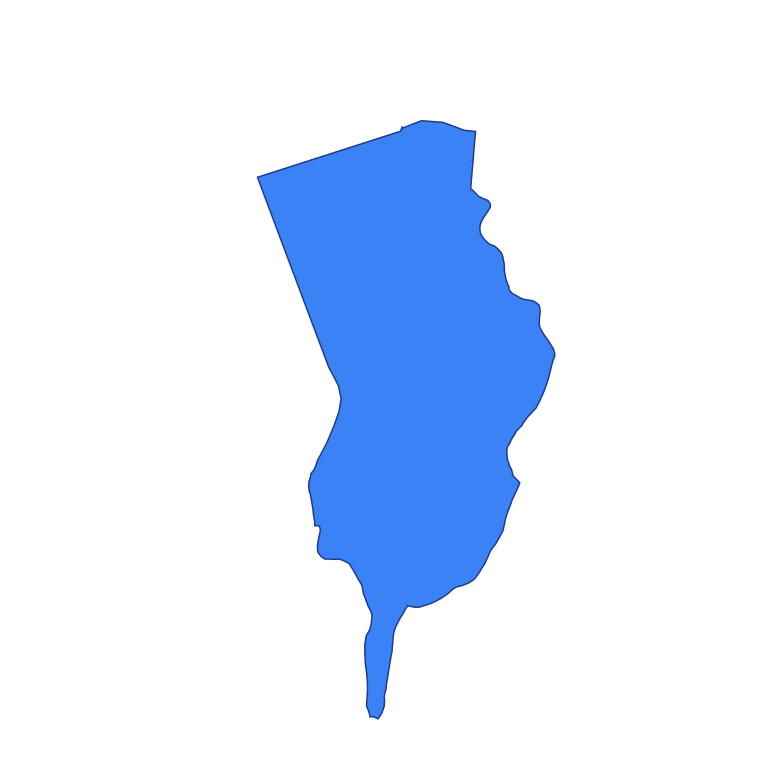 the district of Bara Bara, Dennery, Saint Lucia, rotated 46°
{"feature_id": "8701671B88887342435419", "entity_name": "Bara Bara", "entity_type": "district", "adm_level": 2, "iso_a3": "LCA", "parent_name": "Saint Lucia", "parent_adm1": "Dennery", "projection": "equal_earth", "projection_center": [-60.931, 13.959], "detail": "fine", "context": "isolated", "style": "filled", "palette": "blue", "viewbox_px": 768, "rotation_deg": 46, "n_neighbors": 0, "source": "geoboundaries", "source_scale": "gbopen_adm2", "svg_char_len": 3770}
<svg xmlns="http://www.w3.org/2000/svg" viewBox="0 0 768 768"><g transform="rotate(46 384 384)"><path d="M332.2,190.8L331.9,189.2L331.3,186.8L330.8,185.0L329.1,183.0L328.0,182.4L327.4,182.2L324.9,181.9L323.9,181.8L320.9,183.2L319.4,183.9L318.7,184.2L314.8,185.6L311.6,185.6L306.1,185.6L303.9,186.2L285.9,165.6L265.9,142.7L264.4,144.0L257.1,150.1L236.8,159.8L220.6,174.2L212.9,192.6L211.8,192.4L213.6,196.6L147.4,331.4L254.6,377.9L333.8,412.2L338.8,413.6L342.4,414.6L353.6,418.0L359.8,421.9L364.8,425.0L372.5,435.4L377.5,445.4L379.4,449.2L385.4,463.1L386.8,466.8L388.8,472.4L392.8,484.9L395.6,490.2L397.0,493.6L397.1,494.3L397.8,498.9L399.8,501.6L402.1,505.7L405.4,509.5L409.1,512.2L413.0,514.1L416.2,516.3L419.0,518.2L422.1,520.3L424.6,522.0L429.4,525.8L433.9,528.8L434.5,529.2L435.3,529.9L437.8,532.2L438.3,531.8L440.4,529.6L442.1,529.6L442.5,529.8L443.7,530.4L445.1,531.6L445.4,531.9L447.7,535.3L449.9,538.7L452.1,541.6L454.2,544.4L458.7,548.2L460.6,548.6L462.1,548.9L465.4,548.9L466.8,548.6L468.8,548.2L472.5,544.4L474.3,542.8L474.7,542.5L479.2,537.6L483.2,535.7L488.8,533.8L496.1,535.3L505.0,537.7L505.7,537.9L513.6,539.8L518.1,542.8L520.4,544.4L523.2,545.5L525.1,546.3L532.7,549.7L537.8,551.2L541.8,553.1L544.0,555.4L546.5,558.4L548.7,561.3L549.1,561.8L551.1,565.6L551.7,567.8L552.7,571.6L555.1,574.8L555.6,575.4L556.3,576.4L558.9,579.6L562.4,582.9L562.9,583.4L565.4,585.7L572.2,591.7L579.5,597.0L586.5,602.7L586.9,603.0L592.2,608.0L598.6,614.8L600.7,617.2L602.6,619.4L605.1,620.9L606.7,621.5L609.6,622.8L612.4,624.3L612.8,624.6L613.7,625.3L615.3,623.3L619.3,621.2L620.6,621.0L620.3,618.2L619.5,615.3L619.1,613.9L616.0,607.8L612.6,603.9L609.4,601.4L606.7,597.8L605.9,596.3L605.3,595.0L603.9,593.3L601.7,590.9L601.1,590.0L595.4,582.4L590.5,575.9L590.0,575.2L586.7,570.7L584.0,567.1L583.7,566.7L581.9,563.9L579.7,561.6L579.2,561.0L576.9,558.2L573.8,555.0L570.5,550.8L569.6,549.6L568.5,547.6L566.5,543.7L565.7,541.3L564.7,538.2L563.8,535.6L563.5,534.7L563.4,533.9L562.1,528.8L560.9,525.2L560.8,524.7L560.0,520.7L561.1,520.3L566.2,516.7L567.0,515.9L568.9,513.9L572.2,507.3L572.5,506.8L574.7,502.0L576.3,497.3L577.8,491.9L578.7,486.7L579.1,484.3L579.2,481.6L579.2,479.0L579.7,475.1L579.9,474.4L580.2,473.2L582.5,469.1L583.4,467.5L586.0,461.1L587.1,455.3L586.7,451.1L585.7,446.0L584.4,441.5L583.9,439.4L583.2,436.2L581.2,431.1L580.6,429.4L579.1,426.4L577.6,421.9L577.2,419.2L576.7,415.1L574.3,407.0L572.2,400.4L568.3,394.4L567.6,393.4L566.5,392.1L564.1,387.9L562.4,384.9L559.2,377.8L557.4,374.3L556.2,371.9L553.7,365.3L551.1,358.5L550.4,357.1L549.5,355.1L548.7,354.9L539.7,354.9L538.2,354.0L534.7,352.0L534.2,351.7L533.3,351.5L529.9,350.6L527.5,349.1L525.6,348.4L524.1,347.8L521.0,345.3L520.2,344.5L516.8,341.6L515.1,339.0L514.6,337.9L514.5,336.1L512.7,331.7L512.4,330.8L511.4,326.9L511.0,325.3L509.8,321.2L509.6,315.9L509.6,313.5L509.0,311.7L508.6,310.1L507.5,304.0L507.2,296.3L507.0,293.3L506.9,291.9L506.9,291.4L504.1,283.1L501.1,275.6L496.9,266.9L495.4,264.1L491.3,257.1L487.9,251.8L487.4,251.0L484.1,245.5L482.8,242.2L480.3,239.7L476.2,237.7L468.6,236.0L468.1,235.9L459.4,234.6L455.2,233.7L450.8,232.2L449.7,231.3L448.4,230.3L444.2,226.0L443.3,224.9L442.1,223.3L439.9,220.9L437.8,219.4L436.2,218.3L434.7,217.7L432.6,218.0L430.8,218.2L429.7,218.4L428.7,218.6L426.4,220.1L424.7,221.2L422.1,223.2L420.2,224.6L417.4,225.9L416.3,226.3L414.7,226.8L411.6,227.7L409.8,228.2L408.0,228.8L405.0,228.8L403.0,228.4L400.5,226.5L399.9,226.3L398.1,225.8L392.2,222.8L386.5,219.0L380.8,213.9L375.8,210.7L373.6,209.4L370.6,208.4L368.8,208.4L368.3,208.4L365.7,208.2L361.4,208.8L359.9,209.5L356.3,211.1L351.7,211.4L351.1,211.4L348.0,211.3L346.0,210.8L344.4,210.5L341.9,209.6L338.1,206.5L335.8,203.3L333.6,197.5L332.2,190.8Z" fill="#3b82f6" stroke="#1e3a8a" stroke-width="1.5"/></g></svg>